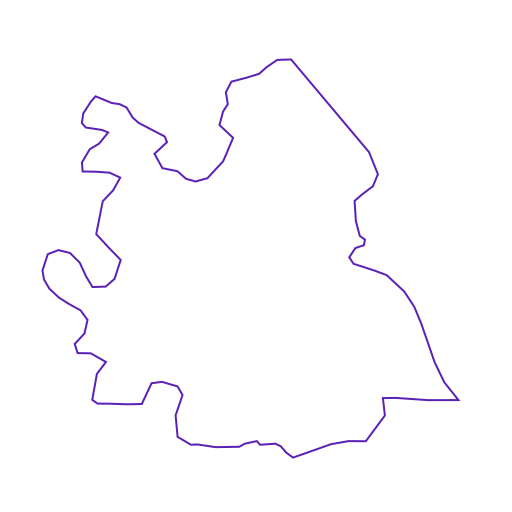 the district of Yeoncheon-gun, Gyeonggi, South Korea, rotated 94°
{"feature_id": "91817680B98224083425041", "entity_name": "Yeoncheon-gun", "entity_type": "district", "adm_level": 2, "iso_a3": "KOR", "parent_name": "South Korea", "parent_adm1": "Gyeonggi", "projection": "mercator", "projection_center": [126.988, 38.108], "detail": "fine", "context": "isolated", "style": "outline", "palette": "violet", "viewbox_px": 512, "rotation_deg": 94, "n_neighbors": 0, "source": "geoboundaries", "source_scale": "gbopen_adm2", "svg_char_len": 1614}
<svg xmlns="http://www.w3.org/2000/svg" viewBox="0 0 512 512"><g transform="rotate(94 256 256)"><path d="M385.6,44.0L368.8,59.4L349.5,70.4L312.2,86.3L295.6,94.6L281.1,105.6L266.0,124.3L262.5,136.0L257.0,158.1L250.8,162.9L241.1,157.4L237.7,149.1L232.1,148.4L228.7,153.9L214.2,158.8L194.2,161.5L187.3,154.6L178.3,144.3L165.9,140.1L144.5,150.5L57.5,234.7L58.9,248.5L66.5,258.2L74.1,265.7L78.9,278.2L83.8,292.7L94.8,297.5L106.5,294.7L114.1,298.9L127.9,301.6L139.7,287.1L156.2,292.7L163.8,295.4L181.8,309.9L185.9,321.6L183.8,331.3L176.9,340.3L174.9,355.5L161.1,364.4L148.6,352.7L143.1,355.5L131.4,382.4L126.6,388.6L116.9,395.5L114.1,402.4L113.4,410.7L107.9,427.2L113.4,431.4L125.9,438.3L130.7,438.6L135.5,439.0L139.7,434.8L141.0,418.3L143.1,412.1L154.8,420.3L161.1,429.3L174.9,436.2L183.8,434.8L183.1,422.4L183.1,407.9L187.3,396.9L200.4,403.1L212.1,412.7L245.3,416.9L257.0,404.5L269.4,390.7L288.7,395.5L297.0,403.8L298.4,416.9L288.7,423.8L274.9,431.4L266.0,441.7L263.9,453.5L266.5,459.0L268.7,463.8L285.3,468.0L288.2,467.3L294.2,465.9L303.2,459.7L311.5,449.3L317.0,439.0L322.5,427.2L331.5,419.6L345.3,421.7L356.4,430.7L365.3,427.2L364.6,414.1L372.2,398.3L384.7,406.5L410.9,409.3L414.3,403.8L413.6,392.7L412.9,374.1L411.6,359.6L390.2,351.3L388.1,341.0L391.6,325.1L399.8,319.6L410.2,322.3L420.5,325.1L441.9,321.6L448.8,307.8L448.1,300.9L449.5,283.0L447.5,259.5L444.0,254.0L440.6,242.3L444.0,238.8L441.9,223.7L444.0,218.1L450.2,211.9L454.5,205.0L446.0,185.3L438.5,168.1L434.2,150.8L433.1,133.5L406.1,116.3L388.9,119.5L387.8,106.6L387.8,94.7L387.8,74.2L385.6,44.0Z" fill="none" stroke="#5b21b6" stroke-width="2"/></g></svg>